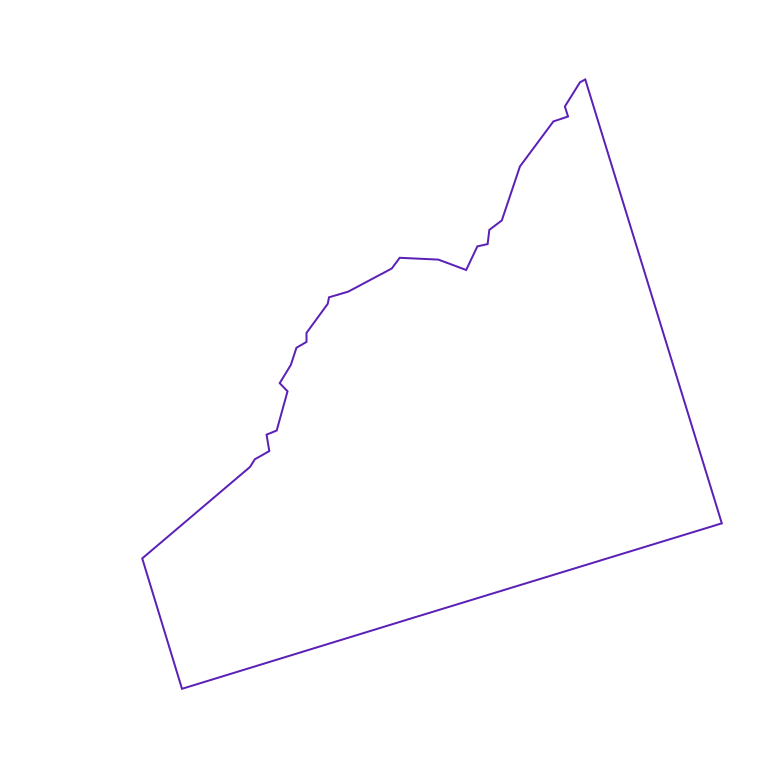 Delta, Colorado, United States of America, rotated 343°
{"feature_id": "52423323B92734550287549", "entity_name": "Delta", "entity_type": "district", "adm_level": 2, "iso_a3": "USA", "parent_name": "United States of America", "parent_adm1": "Colorado", "projection": "equal_earth", "projection_center": [-107.875, 38.943], "detail": "fine", "context": "isolated", "style": "outline", "palette": "violet", "viewbox_px": 768, "rotation_deg": 343, "n_neighbors": 0, "source": "geoboundaries", "source_scale": "gbopen_adm2", "svg_char_len": 574}
<svg xmlns="http://www.w3.org/2000/svg" viewBox="0 0 768 768"><g transform="rotate(343 384 384)"><path d="M665.5,151.6L659.6,152.8L638.1,171.5L638.2,182.0L622.8,182.4L577.6,215.7L544.5,262.0L529.8,267.4L524.0,280.5L513.5,279.7L495.9,299.0L472.3,280.9L435.9,267.9L425.2,275.8L376.7,285.2L356.8,285.0L353.6,290.9L324.8,312.5L322.2,321.1L310.9,323.7L300.5,338.5L284.5,352.7L289.6,362.8L267.8,397.1L256.9,398.1L254.7,414.6L238.5,418.2L231.7,424.1L101.8,480.1L101.7,616.4L345.9,616.1L666.3,616.0L666.3,599.2L665.5,151.6Z" fill="none" stroke="#5b21b6" stroke-width="2"/></g></svg>